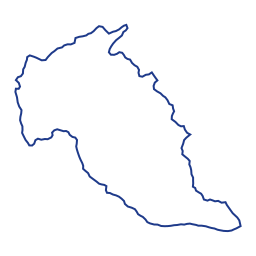 the district of Marilândia, Espírito Santo, Brazil
{"feature_id": "56859067B58826799202439", "entity_name": "Marilândia", "entity_type": "district", "adm_level": 2, "iso_a3": "BRA", "parent_name": "Brazil", "parent_adm1": "Espírito Santo", "projection": "mercator", "projection_center": [-40.514, -19.428], "detail": "fine", "context": "isolated", "style": "outline", "palette": "blue", "viewbox_px": 256, "rotation_deg": 0, "n_neighbors": 0, "source": "geoboundaries", "source_scale": "gbopen_adm2", "svg_char_len": 2797}
<svg xmlns="http://www.w3.org/2000/svg" viewBox="0 0 256 256"><path d="M240.6,226.1L239.3,220.4L237.3,217.5L232.7,213.2L230.7,210.4L226.8,204.9L225.5,202.2L221.6,202.7L218.2,200.9L215.0,201.3L212.4,200.3L210.0,199.5L207.5,200.6L203.9,199.5L202.6,195.9L201.1,193.7L198.8,192.4L196.0,190.6L195.2,188.0L192.9,186.7L193.2,183.5L193.1,180.6L193.1,177.6L191.5,174.3L191.2,170.1L190.5,167.2L189.3,164.4L189.7,161.0L187.8,158.8L184.7,156.3L182.3,154.3L182.7,151.0L181.5,148.1L183.2,143.7L184.1,140.1L186.2,137.8L190.2,134.5L187.1,132.8L184.9,129.6L183.8,126.1L181.0,126.3L178.4,125.0L175.4,121.9L171.7,119.2L171.9,116.0L172.9,113.6L174.1,111.3L173.1,108.6L172.6,105.3L169.3,104.0L167.5,100.2L165.3,97.3L163.1,95.9L160.5,93.3L157.1,91.4L154.0,89.1L153.6,85.9L154.8,82.6L157.4,80.4L155.5,77.8L154.0,75.7L151.8,72.4L148.9,74.4L145.8,74.8L142.4,76.7L139.4,76.1L138.5,72.8L139.0,69.9L137.3,66.8L134.5,65.2L132.0,62.9L130.1,59.6L127.4,58.9L125.2,57.4L123.9,55.0L122.2,52.8L119.3,52.2L117.0,53.8L114.2,54.8L110.9,54.7L108.9,52.3L109.7,49.1L111.2,46.4L113.1,43.6L116.1,40.2L118.9,38.0L121.9,35.5L123.4,32.0L125.8,30.4L127.5,28.1L126.3,24.9L123.9,25.7L121.7,27.2L119.1,29.4L115.8,31.1L113.1,31.7L108.9,33.6L105.4,30.2L102.6,26.9L99.0,26.2L96.5,28.1L93.6,31.2L90.9,33.2L88.4,33.8L86.3,35.4L82.8,36.3L79.3,36.8L75.5,38.0L74.5,42.9L70.8,44.4L67.6,44.3L64.2,45.4L62.0,47.4L57.5,48.5L54.3,51.2L51.7,53.0L47.9,57.0L45.6,60.0L41.7,60.3L36.3,57.7L33.8,56.7L29.8,55.4L27.2,57.1L26.9,59.8L25.7,62.7L24.7,66.8L23.2,69.3L22.9,73.5L20.9,76.2L17.9,77.2L15.9,80.1L18.8,82.9L20.0,86.6L18.7,88.8L15.9,88.7L15.4,91.9L17.0,97.3L17.7,102.3L19.2,106.5L21.5,110.1L21.2,113.4L20.4,116.8L20.1,120.2L21.1,123.4L22.4,126.3L22.5,130.0L22.1,132.9L23.7,136.2L25.6,140.0L27.9,142.9L29.3,145.4L32.1,145.5L34.2,143.7L35.4,140.2L37.9,138.7L41.3,139.7L44.9,139.0L47.7,139.2L51.3,137.4L52.6,135.2L52.1,132.6L54.3,130.3L57.2,129.3L60.6,130.3L63.6,131.2L66.1,131.0L68.4,132.2L69.7,134.8L72.4,136.9L75.3,137.6L77.0,140.0L76.7,143.8L76.2,146.4L76.8,149.1L77.6,151.8L78.4,154.2L79.4,157.0L80.6,159.8L82.3,163.2L83.2,165.8L83.1,168.8L85.2,170.7L88.1,173.1L89.7,176.5L92.5,178.6L96.7,181.7L99.1,183.7L101.5,184.4L104.3,184.9L106.4,186.1L105.9,190.2L107.0,192.8L109.9,193.0L112.9,194.5L116.1,195.4L119.0,196.7L121.6,198.7L124.0,201.0L124.9,203.9L127.8,206.5L131.7,207.7L134.9,209.2L136.6,211.5L138.1,214.2L140.6,215.8L142.8,216.9L145.5,219.5L147.3,222.1L150.0,223.4L154.1,224.5L157.6,224.6L161.2,226.0L164.8,226.2L167.7,226.1L170.8,225.8L174.1,225.2L177.1,225.0L181.0,224.3L184.2,224.6L187.0,223.9L189.9,223.6L192.3,224.2L196.0,224.9L198.4,225.7L201.8,225.7L205.9,226.3L209.0,227.3L211.6,228.0L214.5,228.5L217.5,229.7L219.8,230.2L223.7,230.9L227.9,231.1L231.6,230.5L233.9,229.4L236.3,228.4L240.6,226.1Z" fill="none" stroke="#1e3a8a" stroke-width="2"/></svg>